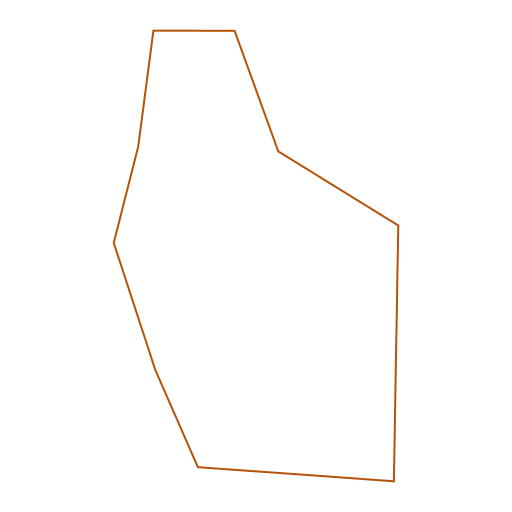 Uliastai, Dzavhan, Mongolia (Mercator projection)
{"feature_id": "93677404B17043071055224", "entity_name": "Uliastai", "entity_type": "district", "adm_level": 2, "iso_a3": "MNG", "parent_name": "Mongolia", "parent_adm1": "Dzavhan", "projection": "mercator", "projection_center": [96.861, 47.747], "detail": "fine", "context": "isolated", "style": "outline", "palette": "amber", "viewbox_px": 512, "rotation_deg": 0, "n_neighbors": 0, "source": "geoboundaries", "source_scale": "gbopen_adm2", "svg_char_len": 747}
<svg xmlns="http://www.w3.org/2000/svg" viewBox="0 0 512 512"><path d="M396.0,355.7L396.2,344.5L396.3,337.9L396.4,335.4L396.4,333.6L396.6,326.0L396.6,324.2L396.6,320.1L396.7,318.3L396.9,308.1L396.9,307.6L397.1,295.5L397.1,294.8L397.4,273.8L397.4,273.3L397.6,265.2L398.3,225.5L386.9,218.5L359.2,201.4L357.6,200.4L337.7,188.1L333.2,185.3L331.2,184.1L327.2,181.6L321.2,177.9L278.3,151.4L234.6,30.8L200.4,30.8L197.7,30.7L153.4,30.7L138.2,146.7L113.7,243.0L116.5,251.4L119.2,259.6L119.4,260.1L126.3,281.3L132.1,299.1L135.6,309.7L136.6,312.9L138.4,318.2L139.9,323.0L142.0,329.3L142.6,331.1L143.3,333.1L155.2,369.7L197.9,467.2L250.6,471.0L255.2,471.3L265.1,472.0L265.4,472.0L393.9,481.3L396.0,355.7Z" fill="none" stroke="#b45309" stroke-width="2"/></svg>